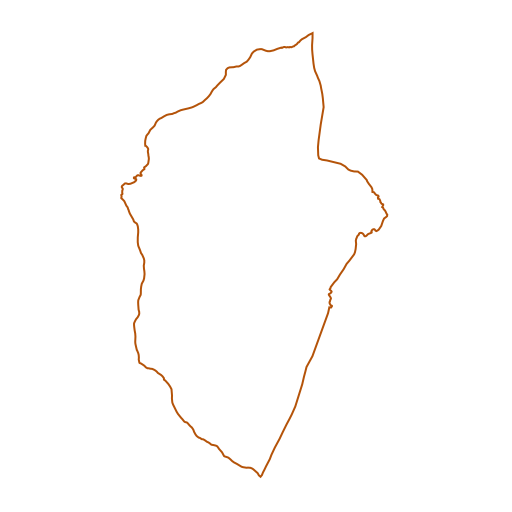 Meung, Bokeo, Laos (Albers equal-area conic projection), rotated 268°
{"feature_id": "54806243B45963768052626", "entity_name": "Meung", "entity_type": "district", "adm_level": 2, "iso_a3": "LAO", "parent_name": "Laos", "parent_adm1": "Bokeo", "projection": "albers", "projection_center": [100.544, 20.66], "detail": "fine", "context": "isolated", "style": "outline", "palette": "amber", "viewbox_px": 512, "rotation_deg": 268, "n_neighbors": 0, "source": "geoboundaries", "source_scale": "gbopen_adm2", "svg_char_len": 6098}
<svg xmlns="http://www.w3.org/2000/svg" viewBox="0 0 512 512"><g transform="rotate(268 256 256)"><path d="M476.8,320.3L475.0,316.3L473.0,313.5L471.0,309.4L469.7,307.8L468.1,306.4L468.0,305.7L467.3,305.0L466.5,304.4L465.9,303.6L464.9,301.9L464.3,301.4L464.2,300.7L463.4,298.6L463.7,297.2L463.3,296.4L463.6,295.3L463.6,294.5L463.4,293.8L463.5,293.0L463.9,292.1L463.9,291.5L463.7,290.4L463.2,289.7L463.1,288.9L463.4,288.6L462.3,284.6L460.9,280.8L460.2,277.1L460.3,274.8L460.8,273.0L462.5,269.1L462.6,267.4L462.2,264.1L460.4,260.9L458.5,259.0L454.8,257.1L452.3,255.2L450.5,253.5L449.2,250.9L447.4,248.2L446.4,246.5L446.0,245.0L446.1,243.1L445.5,240.2L445.4,236.0L444.7,234.2L443.1,232.6L441.1,232.3L438.1,232.2L436.2,231.2L434.0,230.0L430.5,226.1L427.8,223.3L426.1,221.8L424.4,219.5L423.2,218.5L421.4,217.3L419.5,216.2L417.4,214.5L415.4,212.5L413.7,210.4L411.8,208.3L411.0,206.9L409.9,204.1L408.8,202.0L407.3,198.6L406.7,196.9L405.9,193.6L404.8,188.0L404.3,185.8L403.1,182.8L402.0,180.7L401.6,179.0L400.9,177.3L400.6,174.0L400.1,171.7L398.8,169.0L397.2,166.2L396.6,164.6L395.6,163.1L394.2,161.7L392.9,160.7L389.8,159.2L388.3,157.7L385.8,154.8L382.3,152.8L381.2,151.7L379.8,150.6L377.5,149.9L375.0,149.3L372.1,149.1L370.1,149.2L370.1,149.5L369.8,149.9L368.5,151.1L368.0,151.4L367.3,151.8L366.6,152.0L366.0,151.9L364.8,151.6L363.6,151.6L361.6,151.9L359.6,152.0L359.0,152.2L358.6,152.2L357.7,152.3L356.7,152.3L352.8,151.6L352.1,151.4L351.4,151.0L351.0,150.5L349.7,149.2L349.2,148.5L348.7,147.6L348.4,147.3L347.5,147.5L346.8,147.4L346.6,147.4L346.3,146.7L345.4,145.5L344.7,144.9L343.6,143.8L343.3,143.6L342.7,143.5L342.3,143.6L341.1,144.4L340.7,144.5L340.3,144.4L340.1,144.0L340.1,143.5L340.5,142.2L340.7,141.7L340.9,140.9L340.7,140.4L340.5,139.9L339.0,138.5L338.9,138.1L338.9,137.1L338.8,136.8L338.5,136.7L338.1,136.7L337.6,137.2L337.3,138.4L337.0,138.9L336.6,139.0L336.0,138.9L335.6,138.7L335.2,138.2L334.8,138.0L334.7,137.6L334.0,136.8L332.6,133.1L332.4,131.4L332.4,130.8L333.1,128.7L333.1,128.0L333.0,127.4L332.2,126.5L331.3,125.4L331.0,124.9L330.5,124.5L330.0,124.3L329.4,124.3L329.0,124.5L328.1,125.1L327.7,125.2L326.8,125.0L325.9,124.6L325.5,124.6L324.0,124.5L322.8,124.7L322.4,124.5L321.9,123.6L321.6,123.5L321.3,123.5L320.4,123.7L319.7,123.7L318.9,123.4L318.5,123.4L317.0,124.9L315.4,126.3L310.8,128.2L309.1,129.4L307.2,129.9L306.1,130.4L305.4,130.5L302.8,131.4L296.8,134.6L294.8,135.2L293.9,136.1L292.7,137.8L291.9,138.3L289.8,138.9L286.6,139.2L283.6,139.1L278.8,138.5L274.0,138.3L270.8,138.6L269.6,138.9L268.1,139.5L265.6,140.4L262.9,141.2L261.2,142.3L257.5,143.8L255.4,144.2L253.2,144.1L250.2,143.5L247.2,143.6L244.7,143.9L241.8,144.0L237.6,143.4L235.4,142.7L232.3,140.9L229.5,140.2L226.9,139.8L222.8,139.6L221.2,139.4L219.1,138.2L215.9,136.8L214.0,136.6L211.4,136.6L206.4,136.8L204.3,137.3L202.4,137.3L201.1,136.9L198.9,135.6L197.0,133.9L194.9,132.7L193.0,131.8L191.5,131.7L189.5,131.8L186.2,132.1L182.6,132.6L179.6,132.7L174.3,132.3L172.5,132.4L169.8,132.9L166.2,133.6L166.0,133.8L163.1,134.9L161.2,135.3L158.7,135.4L156.5,135.2L153.7,135.7L153.2,135.9L153.0,136.3L152.6,137.3L150.7,140.0L149.8,141.0L148.6,142.0L147.6,143.6L147.5,145.0L147.1,146.2L146.8,148.3L146.1,149.8L145.1,151.4L143.9,152.8L142.6,153.8L140.4,157.0L139.0,158.4L137.1,159.7L135.8,159.7L135.2,160.1L134.9,160.8L131.2,163.9L128.5,165.6L125.8,166.9L119.4,167.2L116.6,167.0L113.2,167.2L112.3,167.3L110.3,168.0L103.2,171.2L100.9,172.5L97.0,175.4L95.4,176.8L93.2,178.4L92.7,179.0L92.4,179.7L92.1,181.0L91.2,182.0L89.5,183.3L87.9,184.7L87.1,185.7L85.8,186.6L84.9,187.1L84.1,187.5L82.6,187.9L81.8,188.3L79.8,189.3L78.2,190.4L76.5,192.4L76.3,193.3L75.6,194.4L75.0,195.1L74.8,195.5L74.8,196.0L74.6,196.9L73.9,198.1L71.9,200.7L71.4,201.9L70.3,203.4L69.3,204.4L68.9,205.1L68.5,207.1L67.9,209.2L67.5,210.1L67.0,210.7L65.7,211.6L64.5,212.3L61.0,215.2L57.2,217.1L56.9,217.5L56.6,218.3L56.0,220.0L55.4,221.4L53.6,223.4L52.0,224.9L50.5,226.8L48.8,229.8L45.9,234.2L45.4,235.7L44.7,239.2L44.8,240.6L44.5,243.1L43.7,244.8L42.9,245.9L38.9,250.1L36.7,251.2L35.2,252.8L36.9,254.3L39.4,255.4L42.2,257.0L45.3,258.6L52.5,262.7L56.8,264.5L64.0,268.2L72.5,273.2L79.1,276.6L86.7,280.7L92.2,283.9L96.4,286.2L104.2,290.0L126.1,297.7L133.9,299.8L138.8,301.3L143.3,302.6L153.9,308.9L196.3,326.0L202.1,327.5L202.0,327.8L201.9,329.2L203.1,330.1L203.4,330.1L203.6,330.1L203.8,329.8L203.9,329.2L204.4,328.8L205.7,328.1L206.4,327.9L207.0,327.9L207.4,327.9L208.3,328.4L209.3,328.6L210.6,329.3L210.9,329.4L211.5,329.3L212.5,328.8L212.8,328.6L214.5,327.5L215.0,327.4L215.3,327.5L215.5,327.7L216.2,329.2L217.1,330.0L217.4,330.2L217.8,330.3L218.4,330.0L219.8,328.5L220.0,328.4L220.4,328.6L221.1,329.2L222.4,329.6L227.0,333.3L229.9,336.3L234.6,339.3L239.7,343.1L245.0,346.3L247.9,349.0L254.2,354.1L256.2,355.0L259.4,355.8L264.4,356.5L267.8,356.3L269.8,356.8L270.3,357.1L272.2,357.9L273.0,358.6L273.3,359.1L274.0,359.6L274.8,359.8L275.3,360.4L275.5,361.3L275.3,362.4L274.9,363.2L274.1,364.0L273.3,364.5L272.6,364.8L272.0,365.2L271.9,365.9L272.0,366.4L272.6,367.3L273.5,368.2L274.1,369.0L274.9,371.4L275.3,372.3L275.8,372.5L276.3,372.1L277.0,372.3L277.8,372.9L278.2,373.2L278.6,374.1L278.7,374.9L278.4,375.5L277.2,376.3L276.7,377.1L277.1,378.1L278.0,379.5L281.6,382.2L286.6,384.1L289.0,385.3L290.5,387.5L291.3,388.4L292.8,388.6L293.1,388.3L294.3,387.7L295.8,387.1L297.1,386.4L298.2,385.3L299.8,384.7L300.5,383.8L302.4,384.9L303.1,384.9L303.4,384.5L303.7,383.5L304.2,383.0L305.1,382.7L305.5,382.2L306.7,382.1L308.3,381.5L308.8,380.7L309.0,380.0L310.3,379.9L310.8,380.5L311.4,380.6L312.1,380.2L312.8,378.3L314.1,377.1L315.4,376.3L315.7,375.7L315.9,374.6L317.9,374.6L319.0,374.5L320.7,373.8L322.8,372.3L324.0,371.4L326.8,369.7L328.1,369.3L333.5,364.9L336.8,360.8L337.1,356.9L338.0,353.6L339.2,351.3L342.4,348.3L345.2,343.8L349.0,330.3L349.9,325.4L351.3,322.4L354.5,321.7L362.6,321.7L369.5,322.6L385.3,325.3L402.4,328.8L411.3,328.3L415.6,327.9L419.4,327.3L421.1,327.0L424.1,326.6L428.5,325.5L431.9,324.1L434.0,323.4L438.6,321.5L442.0,320.7L446.2,320.2L455.9,319.5L460.3,319.3L464.7,319.4L471.8,320.1L476.8,320.3Z" fill="none" stroke="#b45309" stroke-width="2"/></g></svg>